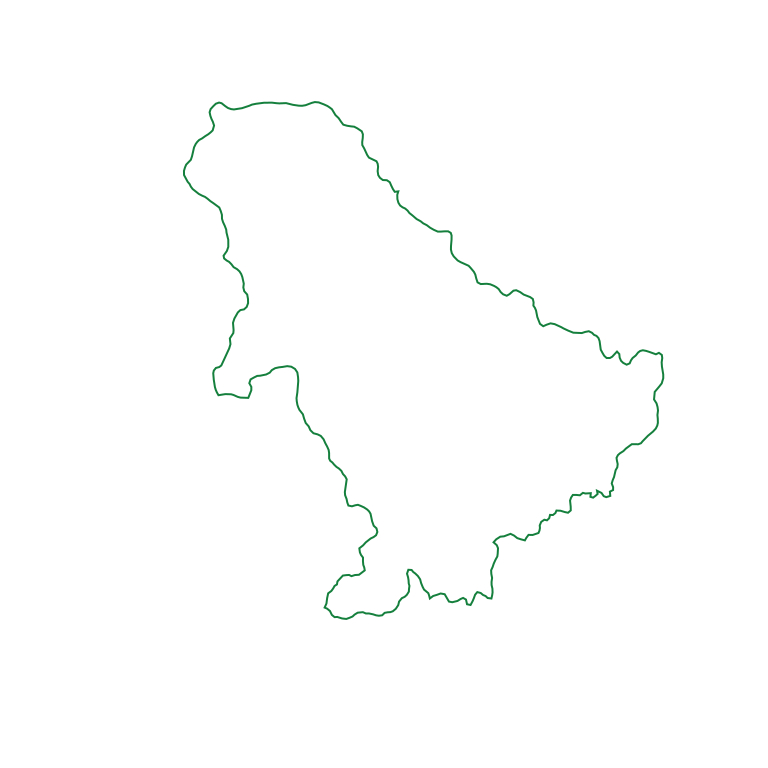 Bonfinópolis de Minas, Minas Gerais, Brazil (Mercator projection), rotated 23°
{"feature_id": "56859067B95286677835822", "entity_name": "Bonfinópolis de Minas", "entity_type": "district", "adm_level": 2, "iso_a3": "BRA", "parent_name": "Brazil", "parent_adm1": "Minas Gerais", "projection": "mercator", "projection_center": [-46.185, -16.522], "detail": "fine", "context": "isolated", "style": "outline", "palette": "green", "viewbox_px": 768, "rotation_deg": 23, "n_neighbors": 0, "source": "geoboundaries", "source_scale": "gbopen_adm2", "svg_char_len": 6165}
<svg xmlns="http://www.w3.org/2000/svg" viewBox="0 0 768 768"><g transform="rotate(23 384 384)"><path d="M290.0,181.9L281.7,181.5L279.1,179.8L273.6,174.8L270.7,172.6L269.4,169.8L268.3,165.8L267.0,162.4L264.8,160.1L259.6,159.1L256.0,158.8L253.1,159.7L249.1,160.7L245.2,161.2L241.9,159.3L238.4,157.0L234.2,155.4L228.7,151.4L226.0,150.7L223.3,150.2L219.4,150.1L213.9,150.3L210.2,151.5L207.6,153.5L202.9,158.0L199.9,159.9L196.8,161.1L191.1,162.6L184.1,163.7L178.0,166.6L175.4,167.5L171.0,168.8L163.8,171.9L156.8,176.0L153.3,178.4L151.3,180.5L145.5,185.6L138.6,189.9L135.8,190.7L132.5,190.9L129.1,190.2L124.8,189.0L122.2,189.4L119.7,191.7L118.3,195.0L117.0,198.7L117.3,202.0L119.4,205.0L121.6,207.4L124.0,209.5L126.6,212.5L127.2,217.5L126.2,219.9L124.7,222.7L122.6,225.7L120.6,229.0L118.5,231.6L117.5,234.1L116.9,236.6L116.7,240.4L118.3,249.4L118.6,253.1L116.2,259.3L116.2,262.4L116.6,266.0L118.3,269.8L124.3,274.6L126.8,275.8L129.1,277.8L131.7,279.3L139.3,281.4L143.0,281.7L146.1,281.7L149.2,282.4L152.7,283.5L156.2,284.2L163.4,285.9L166.0,288.4L168.7,291.6L170.3,295.2L172.6,297.9L175.6,300.6L178.4,303.5L179.9,306.2L184.3,312.1L187.1,318.6L187.4,322.9L186.2,328.6L187.8,330.9L190.9,331.8L193.7,332.1L196.8,333.4L199.9,335.2L203.9,335.7L207.0,336.8L209.6,338.6L211.8,340.9L215.7,346.4L216.8,350.1L219.1,353.2L223.1,355.1L225.6,358.9L227.3,362.7L227.5,366.7L226.0,370.0L222.9,372.1L221.5,375.2L220.7,382.2L221.1,386.7L224.5,393.2L225.4,396.0L224.3,402.3L227.1,407.3L227.6,411.7L227.2,424.8L227.0,430.5L225.7,432.8L223.0,434.9L222.1,438.1L222.6,440.8L225.6,446.5L229.5,452.8L231.4,455.1L233.3,456.9L236.0,459.0L241.9,455.3L247.3,453.2L249.8,452.9L254.4,453.0L257.2,452.6L264.5,449.8L264.3,441.6L263.0,438.5L259.7,435.9L259.4,431.9L261.7,428.9L264.1,426.1L266.7,424.8L271.8,421.3L274.4,418.2L275.3,415.1L277.6,412.0L280.8,409.7L284.0,407.9L287.9,405.4L291.9,404.3L296.2,404.9L299.7,407.2L302.1,411.1L303.9,414.7L307.5,425.5L309.0,431.2L310.4,433.9L312.4,437.0L314.3,439.1L316.3,440.9L321.2,443.6L324.0,447.1L327.2,450.5L331.2,452.4L334.3,455.3L338.3,456.9L342.6,456.3L346.1,456.5L350.0,458.5L353.1,461.4L356.1,463.8L358.8,466.3L360.4,468.9L362.6,474.0L364.5,475.7L367.1,476.4L369.6,477.7L372.7,478.9L375.5,479.4L378.7,480.6L381.4,482.9L384.3,484.2L386.9,486.3L390.2,498.8L391.7,501.6L394.5,504.5L396.5,507.4L398.7,509.8L402.3,509.1L404.9,506.9L407.2,505.4L410.1,505.3L413.8,505.4L417.6,506.1L420.1,507.1L422.3,508.7L426.7,515.0L429.9,518.5L433.5,519.8L435.7,522.8L435.8,526.3L434.2,529.0L432.1,531.4L429.1,536.9L427.8,540.7L425.5,544.9L427.6,548.4L429.6,550.3L432.5,552.0L433.9,555.4L435.6,558.6L437.5,560.6L439.1,563.1L435.5,569.4L431.9,571.2L429.1,573.6L426.5,573.4L423.9,574.7L421.0,576.4L418.3,583.9L419.0,586.9L417.4,589.2L417.1,592.1L416.4,595.1L414.4,598.5L415.3,603.2L416.8,608.6L416.7,613.0L419.4,613.0L423.0,614.1L426.2,616.9L429.6,617.9L432.0,616.7L437.0,616.2L441.1,615.0L443.7,612.6L445.9,610.3L447.0,607.8L449.1,604.8L453.7,602.3L457.0,602.3L459.8,601.1L463.9,600.3L467.2,600.0L469.9,599.3L472.7,597.6L474.0,594.4L476.6,592.7L479.0,591.5L480.9,589.8L482.7,586.3L483.5,582.0L482.9,578.4L484.1,574.2L486.2,571.8L487.4,569.2L488.0,565.4L487.1,562.9L486.3,559.9L484.7,557.9L483.2,554.9L481.6,552.4L479.3,549.6L479.0,545.5L482.1,544.4L484.3,545.6L486.8,546.2L490.2,547.5L493.6,549.7L495.9,552.7L498.9,555.7L501.2,557.6L506.5,559.2L508.3,561.2L510.0,563.5L512.1,559.9L515.1,557.4L518.0,554.7L522.0,553.8L528.8,558.9L532.1,558.2L536.4,555.0L538.5,552.0L540.4,550.0L543.7,550.4L546.5,554.3L550.0,553.6L550.4,549.5L550.4,545.9L550.2,542.4L551.2,539.1L554.7,538.6L557.6,539.5L560.4,539.5L563.0,540.5L566.7,539.5L566.1,536.2L565.4,533.5L563.8,530.1L561.6,527.0L560.3,524.1L559.3,520.3L557.0,516.9L555.4,513.6L555.5,510.0L555.2,506.4L555.3,502.3L555.7,498.5L555.0,495.9L553.1,490.6L550.8,488.3L546.7,486.9L548.0,483.1L550.7,479.1L554.0,477.3L559.0,472.5L562.9,472.7L566.9,473.8L570.4,473.5L574.8,472.9L575.1,470.1L576.0,466.4L579.8,464.9L584.4,460.8L584.4,458.2L583.8,455.6L582.6,453.3L582.6,449.5L584.6,446.3L587.3,445.8L588.5,443.0L588.0,439.6L590.7,438.6L592.2,435.8L592.2,433.1L596.0,431.7L600.6,431.2L603.7,430.6L605.3,427.4L603.8,424.0L600.8,418.6L600.6,415.4L601.2,412.3L604.6,410.9L607.8,409.9L609.6,406.5L612.2,406.1L617.0,403.7L618.1,407.2L620.9,406.9L622.5,404.1L623.6,401.7L621.8,399.0L626.8,399.3L630.1,401.4L632.8,401.3L636.0,398.6L634.0,394.8L636.3,392.1L635.2,389.4L632.5,386.6L632.1,383.1L632.1,379.8L630.9,372.9L631.3,369.5L630.4,366.4L628.4,363.6L626.9,361.1L627.1,358.1L628.2,355.7L630.6,352.2L631.9,348.9L635.6,342.6L641.6,340.1L643.7,338.1L644.4,335.7L647.2,328.5L650.2,322.7L651.6,318.8L651.8,315.5L651.3,312.8L649.6,309.0L647.8,305.7L646.6,301.4L644.8,298.3L642.5,295.4L638.6,292.7L636.3,285.5L638.3,279.0L639.4,274.9L638.8,269.6L637.3,266.1L633.0,259.3L631.1,255.5L630.0,251.4L628.4,248.7L624.9,247.9L622.7,250.4L615.6,250.8L612.4,251.1L609.1,251.8L606.9,253.5L605.6,255.7L604.6,259.4L602.7,262.9L602.1,265.7L602.1,269.0L599.8,271.4L595.9,271.1L593.1,270.0L590.6,267.6L588.9,264.5L585.8,263.1L583.4,269.7L581.8,271.8L578.8,273.1L575.7,272.0L573.1,270.1L570.1,267.7L565.7,260.3L563.5,257.9L560.8,256.7L558.1,256.7L555.5,255.6L551.9,255.4L548.8,257.5L546.2,259.8L538.2,262.8L532.6,262.9L527.5,262.7L525.0,262.4L517.7,262.2L513.6,263.1L510.5,265.9L508.0,268.6L504.1,267.7L499.0,262.5L495.2,256.9L493.1,254.9L490.9,253.5L489.8,250.4L487.8,247.6L484.6,246.9L477.6,247.1L473.5,246.2L469.1,246.0L466.7,247.5L464.4,252.3L462.5,254.8L458.6,254.9L455.5,253.8L452.5,251.8L449.6,251.0L447.1,250.7L442.8,250.7L439.4,251.6L434.0,254.2L430.4,253.9L427.6,250.7L425.3,247.6L422.9,245.6L418.2,243.2L415.7,242.1L406.8,241.9L403.5,241.5L398.3,239.3L395.3,237.1L393.1,234.1L391.8,230.9L389.8,224.8L388.2,220.9L386.4,218.8L383.4,218.4L379.5,220.1L376.6,221.6L374.0,222.7L369.5,222.6L365.3,222.1L361.4,221.1L357.3,220.8L354.2,219.9L349.5,219.4L343.9,217.6L340.6,216.7L338.0,215.2L334.9,214.2L332.0,214.1L329.1,213.4L326.4,211.5L324.1,208.6L322.3,204.7L321.9,201.1L318.8,202.9L316.1,201.1L313.1,198.5L310.5,196.0L307.0,195.3L303.2,196.7L299.7,195.8L297.1,194.0L295.0,190.6L293.7,186.4L292.1,183.7L290.0,181.9Z" fill="none" stroke="#15803d" stroke-width="2"/></g></svg>